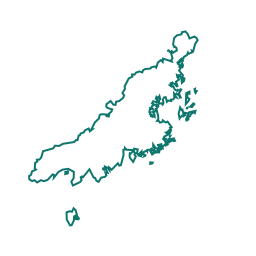 the district of Dinagat Islands, Surigao del Norte, Philippines, rotated 232°
{"feature_id": "2640588B17428979589921", "entity_name": "Dinagat Islands", "entity_type": "district", "adm_level": 2, "iso_a3": "PHL", "parent_name": "Philippines", "parent_adm1": "Surigao del Norte", "projection": "mercator", "projection_center": [125.572, 10.162], "detail": "fine", "context": "isolated", "style": "outline", "palette": "teal", "viewbox_px": 256, "rotation_deg": 232, "n_neighbors": 0, "source": "geoboundaries", "source_scale": "gbopen_adm2", "svg_char_len": 5938}
<svg xmlns="http://www.w3.org/2000/svg" viewBox="0 0 256 256"><g transform="rotate(232 128 128)"><path d="M148.1,225.1L149.8,225.9L148.4,226.7L152.9,232.6L154.3,236.9L156.9,237.4L159.1,236.7L160.7,231.6L164.9,232.9L168.7,232.7L170.3,229.6L168.9,227.9L170.9,223.5L170.4,219.6L166.2,215.1L163.3,214.3L163.0,215.2L161.2,215.4L159.0,214.2L160.1,207.9L155.4,205.9L155.1,204.2L153.3,203.5L161.1,198.4L158.7,196.0L161.3,195.8L161.2,191.8L158.2,187.4L159.9,187.2L161.5,183.6L161.0,182.3L163.9,177.8L164.3,175.6L163.0,173.5L165.4,172.0L166.7,168.6L166.1,166.0L167.7,164.1L165.8,163.1L166.6,159.1L162.9,151.0L160.8,149.8L158.9,145.1L156.1,145.1L154.7,142.6L154.7,137.5L156.1,134.8L153.9,132.4L155.5,130.8L160.0,130.9L160.0,125.6L158.1,124.0L156.4,124.2L152.4,127.0L151.1,125.0L151.0,119.9L149.9,121.1L148.9,119.8L150.7,118.4L152.1,119.1L155.4,115.3L155.6,113.6L153.4,111.0L152.8,105.3L149.6,98.5L148.9,99.3L148.9,95.9L151.8,96.7L152.7,92.5L151.7,90.6L152.8,87.3L151.9,85.6L152.4,84.5L149.5,80.7L150.5,79.7L150.1,76.9L155.6,67.0L156.2,62.8L159.0,59.6L158.0,56.5L162.0,46.8L158.1,41.3L157.7,38.7L159.1,36.7L157.4,35.9L157.7,33.4L153.6,29.7L151.9,29.9L152.9,25.6L150.8,22.8L151.0,20.4L148.2,18.6L145.2,19.8L144.5,22.1L141.0,22.9L140.5,27.2L137.9,29.0L136.6,32.6L137.8,40.1L136.4,40.9L134.5,39.0L136.2,46.2L135.4,50.9L132.6,55.8L126.8,58.3L122.0,54.4L120.5,50.2L116.6,49.2L114.9,57.0L115.5,59.3L118.3,60.4L118.2,61.9L116.9,62.1L119.2,72.2L110.1,70.4L109.1,71.3L105.7,70.7L103.7,71.7L105.4,76.4L103.7,79.6L104.1,81.9L107.0,82.8L105.2,84.4L109.0,85.3L109.7,83.4L111.1,83.0L111.5,83.8L110.2,85.2L111.8,86.1L109.2,87.5L106.1,87.4L108.3,88.9L105.2,89.4L106.4,98.3L103.7,98.0L103.1,99.5L109.5,107.9L113.7,110.9L112.8,112.4L114.0,113.3L111.8,113.5L108.0,117.8L106.5,116.8L106.1,114.1L106.9,113.8L105.6,112.5L103.5,111.2L98.1,111.2L100.7,116.6L103.2,116.8L103.8,118.3L105.5,118.0L107.9,120.2L105.1,122.5L102.5,119.4L100.6,119.5L101.2,124.4L98.5,122.5L98.8,120.1L97.6,121.0L98.6,121.9L98.0,123.5L99.4,124.5L98.8,128.9L97.7,128.8L98.8,130.0L97.2,132.1L97.3,134.7L95.9,132.3L94.7,134.7L95.3,136.5L97.6,136.2L99.5,137.7L95.4,137.4L93.6,138.3L94.2,141.7L95.6,141.9L96.6,140.2L95.0,143.7L93.3,142.1L92.6,142.4L93.3,143.6L92.3,143.1L92.3,142.4L93.5,140.4L91.1,135.7L89.6,137.5L91.5,139.6L90.8,140.8L91.6,142.3L90.6,142.8L92.0,143.6L92.3,148.4L95.6,149.4L95.4,151.6L97.2,148.3L97.1,150.1L97.8,149.2L98.9,151.3L98.1,155.7L101.0,155.1L100.5,157.3L97.9,157.3L100.2,161.4L100.1,157.9L100.8,157.9L101.2,161.2L102.3,161.3L101.8,162.9L108.7,163.1L109.2,161.1L112.6,160.1L111.6,159.0L112.5,156.5L114.8,156.6L115.7,155.3L116.4,157.4L119.2,159.3L125.6,162.2L126.0,161.4L124.1,160.0L125.3,157.4L122.4,157.2L121.3,156.5L122.6,156.1L122.1,156.0L122.1,155.5L121.6,155.4L123.4,154.8L122.1,154.0L123.3,153.3L124.7,154.6L124.5,154.2L125.4,153.8L126.4,155.4L127.5,154.7L130.2,157.9L129.3,158.7L130.5,160.7L130.0,163.3L132.6,162.1L133.6,164.2L130.3,166.9L132.8,168.5L133.9,167.9L135.1,169.7L133.1,170.2L133.1,170.7L133.5,171.4L133.9,172.5L130.9,171.2L131.1,170.1L128.1,167.3L126.8,169.7L125.1,169.7L126.0,171.5L128.9,172.9L129.9,175.3L129.1,176.7L124.7,174.8L124.9,176.6L122.7,178.6L123.9,179.3L122.7,181.1L123.1,182.9L126.9,185.6L124.9,185.7L125.3,187.6L121.0,188.3L120.1,187.5L119.6,188.3L123.9,189.4L125.5,193.6L126.2,193.2L125.1,191.4L127.4,190.8L127.0,189.7L129.6,188.5L132.8,189.4L133.8,187.8L134.8,187.8L135.0,187.5L135.3,187.6L135.4,187.4L135.9,187.3L135.0,188.9L137.0,189.1L136.5,191.0L135.1,190.9L134.1,192.2L130.9,192.0L130.6,192.8L134.9,194.3L134.8,198.2L137.8,198.2L139.4,199.1L137.7,199.5L138.5,200.3L137.6,201.6L136.2,200.7L131.3,200.6L132.3,199.4L130.4,198.2L130.6,201.0L132.3,203.0L134.7,202.0L135.7,203.7L141.8,203.6L143.0,207.1L144.4,206.1L146.0,207.4L147.8,206.9L147.9,208.8L149.1,207.8L149.8,213.0L148.8,214.7L149.7,216.1L149.1,219.2L150.5,221.7L149.2,221.4L148.1,225.1ZM93.6,23.4L87.0,22.4L86.1,23.7L88.4,28.3L91.5,31.1L91.3,32.3L90.8,31.2L90.5,31.2L90.9,34.2L95.4,36.1L98.2,35.7L96.5,32.3L98.4,30.7L99.4,27.7L93.6,23.4ZM103.7,174.5L104.5,177.5L103.1,178.6L103.0,180.6L104.6,180.1L103.4,183.6L106.3,181.0L108.9,182.2L109.1,181.3L112.1,181.8L108.1,176.7L103.7,174.5ZM111.3,188.3L112.2,192.8L113.3,194.3L115.2,193.5L118.5,195.7L117.1,197.6L118.8,198.8L119.6,195.4L111.3,188.3ZM97.9,178.7L97.5,180.8L99.5,182.7L99.2,184.5L100.2,185.6L100.0,189.5L98.6,189.8L100.0,191.7L102.8,185.8L99.1,179.1L97.9,178.7ZM107.2,194.6L106.5,190.1L105.1,191.3L106.0,195.0L107.2,194.6ZM130.3,50.2L129.3,52.6L131.3,54.6L130.8,53.2L131.9,51.6L130.3,50.2ZM89.5,29.5L86.6,32.7L86.9,33.5L89.2,33.6L89.5,32.5L88.1,33.1L89.5,29.5ZM144.3,207.0L142.4,208.3L143.4,209.9L145.7,210.6L144.3,207.0ZM91.3,153.1L90.8,156.0L91.6,157.5L93.2,154.8L91.3,153.1ZM90.8,147.6L90.6,149.2L91.8,149.4L91.7,150.5L93.6,151.5L92.8,149.9L91.9,150.5L92.9,149.4L90.8,147.6ZM148.0,211.0L147.1,212.5L148.5,213.6L149.0,211.4L148.0,211.0ZM86.1,123.4L85.1,125.3L85.5,126.2L87.2,124.4L86.1,123.4ZM94.7,131.1L92.2,130.7L92.1,131.6L92.4,133.4L93.0,133.7L93.0,132.4L94.7,131.1ZM114.0,202.8L114.8,204.9L116.3,203.9L115.7,203.1L114.0,202.8ZM127.6,163.5L126.1,164.0L126.6,165.5L127.7,165.4L127.0,164.0L128.3,164.3L127.6,163.5ZM161.6,208.5L161.1,209.1L160.4,209.6L161.7,209.8L161.6,208.5ZM164.2,207.8L164.5,206.4L163.6,207.8L164.2,207.8ZM117.7,204.3L116.6,203.9L117.6,204.9L117.7,204.3ZM100.7,155.4L99.8,155.4L99.2,155.9L100.0,156.3L100.7,155.4ZM89.4,156.4L89.0,157.1L89.9,157.3L89.4,156.4ZM96.3,125.7L95.7,123.8L95.5,124.6L96.3,125.7ZM92.4,133.6L91.7,134.4L92.8,135.2L92.9,134.7L92.4,133.6ZM107.3,185.8L107.1,186.7L107.4,187.4L107.6,186.9L107.3,185.8ZM93.8,152.2L92.9,152.2L93.9,152.9L93.8,152.2ZM127.8,158.6L127.1,159.1L127.7,159.3L127.8,158.6ZM98.0,123.6L97.5,123.9L97.9,124.2L98.0,123.6ZM99.7,120.9L99.1,121.1L100.1,120.9L99.7,120.9ZM94.4,134.2L93.5,134.5L93.5,134.8L94.4,134.2ZM96.0,155.0L95.4,155.7L95.6,156.2L96.0,155.0ZM123.1,185.1L122.7,184.8L122.3,185.0L123.1,185.1Z" fill="none" stroke="#0f766e" stroke-width="2"/></g></svg>